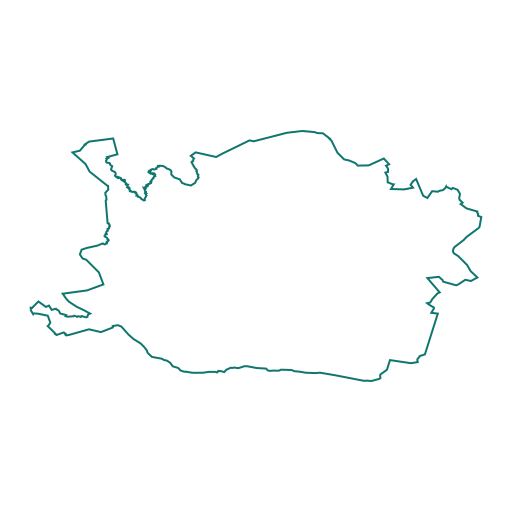 Jaunauces pag., Saldus, Latvia (Robinson projection)
{"feature_id": "27541924B95660010997208", "entity_name": "Jaunauces pag.", "entity_type": "district", "adm_level": 2, "iso_a3": "LVA", "parent_name": "Latvia", "parent_adm1": "Saldus", "projection": "robinson", "projection_center": [22.626, 56.459], "detail": "fine", "context": "isolated", "style": "outline", "palette": "teal", "viewbox_px": 512, "rotation_deg": 0, "n_neighbors": 0, "source": "geoboundaries", "source_scale": "gbopen_adm2", "svg_char_len": 6028}
<svg xmlns="http://www.w3.org/2000/svg" viewBox="0 0 512 512"><path d="M102.8,243.4L97.5,245.6L86.6,248.0L81.6,249.7L79.9,254.4L82.0,257.7L83.0,258.7L86.2,259.7L98.9,272.4L103.4,284.4L87.1,290.4L62.7,293.7L66.5,299.1L69.1,301.8L76.4,306.6L84.1,310.3L90.1,313.6L88.3,314.4L87.4,316.0L87.5,316.8L86.6,317.2L85.4,317.2L81.6,316.0L81.4,316.1L81.2,316.7L80.8,316.9L78.2,316.2L77.2,316.9L75.6,316.1L74.4,315.8L73.9,315.8L73.2,316.3L67.4,316.7L65.6,316.2L66.2,315.1L60.2,313.5L58.8,310.7L57.1,309.8L55.9,308.7L51.7,309.9L49.0,305.6L45.9,306.9L38.4,301.5L33.0,306.9L32.2,308.0L30.7,307.7L30.9,310.4L33.1,314.1L33.4,313.5L33.7,313.4L38.1,313.7L47.8,315.7L50.3,322.7L48.7,325.2L47.7,326.1L51.8,330.0L56.0,334.3L55.7,334.4L56.0,334.6L56.6,335.0L63.8,332.4L64.8,333.5L65.6,333.6L65.8,334.2L65.5,334.8L66.3,335.4L69.1,334.9L89.0,329.3L100.9,332.1L112.8,327.5L112.9,327.3L112.6,326.1L112.8,326.0L118.0,325.2L121.4,326.6L128.6,334.7L133.6,339.1L140.6,343.4L143.9,346.7L146.9,350.5L147.6,352.8L151.9,356.9L162.2,358.8L163.7,359.9L167.1,360.7L170.3,362.9L172.7,366.3L178.0,367.9L179.6,369.4L180.5,370.5L184.6,371.8L185.5,371.6L191.9,372.7L194.5,372.8L203.0,372.7L208.9,371.9L215.4,371.9L217.4,372.4L218.3,370.9L221.3,371.2L224.2,372.1L226.4,369.7L230.9,367.7L232.1,368.0L234.4,367.5L236.1,367.9L238.6,368.1L244.5,366.2L247.5,366.3L256.5,368.0L266.1,368.6L267.8,370.4L270.0,370.9L272.7,370.6L279.0,370.7L280.9,369.7L291.5,370.0L294.4,371.2L299.9,371.7L305.5,372.7L315.4,373.1L320.1,372.7L335.4,375.3L364.4,380.9L366.3,380.6L371.4,381.0L379.2,378.9L380.4,378.2L380.1,375.9L380.4,374.5L386.9,369.8L390.0,360.1L410.9,363.2L417.7,362.1L417.3,359.8L417.6,358.8L419.3,357.1L419.6,356.1L424.9,354.4L437.8,313.6L431.3,312.8L434.1,308.2L433.8,307.5L429.3,304.8L427.2,303.2L430.2,302.5L432.5,298.8L437.5,293.4L439.7,292.4L427.4,278.1L438.9,276.8L442.6,280.1L443.2,281.7L456.2,285.3L458.5,284.3L465.3,279.8L470.9,281.0L477.4,277.5L470.6,271.1L467.1,265.0L458.2,256.1L453.9,253.3L452.9,251.5L453.5,248.5L454.6,247.0L463.6,240.1L466.4,237.1L478.6,228.0L479.5,227.0L481.3,217.1L477.9,215.7L478.2,213.9L477.1,212.3L477.3,211.5L466.5,208.4L460.7,204.1L462.6,202.7L459.7,199.9L459.2,198.2L460.0,193.9L457.6,189.8L452.8,187.9L451.5,189.2L446.4,186.8L446.2,186.4L445.6,187.7L443.1,190.0L439.3,190.9L437.9,191.7L432.1,191.2L427.4,198.0L423.2,195.8L416.1,179.0L412.8,181.5L410.6,184.8L413.0,187.7L404.0,189.4L391.0,189.0L393.7,184.4L393.0,184.4L387.7,182.3L387.5,176.6L385.4,172.6L388.1,171.9L388.0,168.5L386.0,165.7L389.1,164.3L383.8,158.5L368.7,165.4L357.7,165.6L355.5,163.2L349.2,160.5L344.1,159.4L337.5,152.8L332.2,142.2L332.0,141.4L329.5,138.8L329.8,138.6L322.9,133.3L317.5,133.1L314.5,132.1L302.1,131.0L286.8,132.8L253.7,141.3L249.5,140.4L222.0,153.8L216.2,157.0L195.7,152.4L190.8,155.8L194.0,158.5L193.3,159.4L193.2,160.9L192.1,161.4L191.5,162.2L192.2,162.9L192.4,164.0L193.6,165.7L193.6,166.4L194.2,166.9L195.2,168.6L196.5,169.5L196.8,170.7L196.3,171.2L196.9,171.9L196.9,172.9L197.5,173.7L197.4,174.3L198.4,175.0L197.9,176.5L198.6,177.5L198.1,178.0L198.1,178.5L196.3,180.1L195.1,182.9L190.9,185.5L184.6,184.1L183.9,183.5L182.2,183.1L179.8,179.4L174.2,177.4L171.3,174.5L171.4,171.4L170.5,170.0L169.8,169.7L167.9,168.8L166.8,168.6L165.2,167.1L163.1,166.1L159.9,165.7L158.3,165.9L158.7,166.6L157.6,166.8L157.1,167.6L156.0,168.2L155.9,168.6L156.1,168.9L154.7,169.4L153.8,169.5L152.7,169.0L151.1,169.6L150.8,169.9L150.9,170.4L149.4,170.6L148.8,171.1L148.5,171.8L148.9,172.0L149.7,171.8L150.3,172.1L150.5,172.5L150.3,173.1L149.9,173.2L150.6,173.7L152.3,173.2L152.4,173.4L152.2,173.9L152.3,174.0L153.6,173.8L154.0,173.3L154.3,173.4L154.7,174.1L154.2,174.6L155.1,174.8L154.8,175.5L155.2,176.1L153.9,176.8L153.6,177.8L153.4,177.7L152.6,178.5L152.5,179.4L151.7,179.9L151.3,180.7L150.8,181.2L151.4,181.6L151.3,182.0L151.0,182.0L151.0,182.4L150.5,182.5L150.8,183.1L149.9,183.5L149.6,183.9L148.3,184.0L147.1,184.7L147.9,185.1L147.9,185.7L147.6,186.3L146.6,186.4L146.0,186.0L145.1,187.2L145.9,187.7L145.7,188.5L143.8,187.9L144.2,188.6L144.8,188.7L144.7,189.1L145.0,189.3L144.6,189.6L144.9,190.8L145.4,191.5L146.0,191.7L146.0,192.0L145.2,192.1L145.1,192.4L145.6,193.2L145.4,193.4L146.0,193.6L145.7,193.8L145.8,194.7L146.5,195.5L144.6,198.9L144.8,200.2L143.9,200.5L141.0,198.7L140.7,197.9L138.6,196.7L137.8,196.7L137.5,195.9L136.7,195.7L137.4,195.1L136.4,194.1L136.3,193.7L135.6,193.4L135.6,193.2L136.2,192.8L135.8,192.3L135.4,192.1L135.1,192.5L134.1,191.6L132.9,192.0L130.1,191.3L130.5,190.6L129.3,189.7L129.6,189.0L129.3,188.7L129.4,188.2L128.7,188.1L128.7,187.4L128.2,187.4L127.8,187.7L127.1,187.2L127.6,186.7L127.7,185.3L128.0,184.7L127.0,184.5L126.2,184.8L125.8,184.5L126.2,183.7L125.9,183.5L125.9,183.0L124.1,181.6L124.8,181.2L125.0,180.6L124.7,179.8L123.2,179.9L123.3,180.5L123.1,180.6L122.4,180.5L121.9,180.3L122.1,179.7L121.5,179.6L120.9,179.1L120.9,178.2L120.6,177.9L119.7,177.8L119.0,177.3L118.6,177.7L119.0,178.0L118.1,178.2L117.9,177.9L118.1,177.6L117.6,176.9L116.9,177.4L115.2,176.1L115.0,175.5L115.7,174.6L115.6,173.3L115.2,172.4L114.5,171.8L112.0,170.7L111.0,169.5L112.2,166.2L110.3,164.9L109.9,164.3L109.9,163.4L109.6,163.0L107.2,162.8L106.3,162.1L106.3,161.5L106.0,160.8L106.7,159.8L106.8,159.4L106.3,158.6L106.6,158.3L107.5,158.4L108.6,157.9L108.7,157.3L107.9,156.9L117.4,154.3L113.2,138.5L89.1,141.6L85.5,144.0L85.8,144.1L85.8,144.6L84.6,145.0L79.9,150.7L72.5,152.4L85.6,164.1L89.6,171.6L107.6,185.9L108.0,185.9L108.3,189.6L105.3,192.8L105.5,195.0L106.2,196.4L106.5,199.7L105.7,200.7L107.6,223.2L108.9,223.5L108.9,224.2L109.5,224.7L109.4,225.3L109.9,226.0L109.8,226.5L109.2,226.7L108.9,227.3L109.1,228.1L108.9,228.4L107.7,229.0L108.1,229.4L107.3,230.4L107.6,230.9L106.5,231.6L106.2,232.4L106.3,233.1L106.0,233.4L106.7,233.7L106.8,234.2L106.1,234.3L104.6,235.5L104.5,236.1L104.8,236.5L106.7,237.6L107.5,238.6L107.5,239.0L107.8,239.2L107.5,239.8L107.6,240.0L108.6,240.3L107.7,241.6L106.8,241.9L106.9,242.3L106.5,242.8L106.9,243.3L106.7,243.6L105.8,243.6L105.1,244.3L104.5,244.3L103.3,243.9L102.8,243.4Z" fill="none" stroke="#0f766e" stroke-width="2"/></svg>